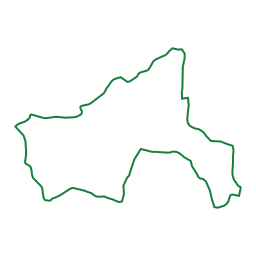 the Province of Parwan
{"feature_id": "AFG-1772", "entity_name": "Parwan", "entity_type": "Province", "adm_level": 1, "iso_a3": "AFG", "parent_name": "Afghanistan", "parent_adm1": "", "projection": "orthographic", "projection_center": [68.914, 35.004], "detail": "fine", "context": "isolated", "style": "outline", "palette": "green", "viewbox_px": 256, "rotation_deg": 0, "n_neighbors": 0, "source": "natural_earth", "source_scale": "10m", "svg_char_len": 2213}
<svg xmlns="http://www.w3.org/2000/svg" viewBox="0 0 256 256"><path d="M152.3,151.9L140.9,149.0L140.3,149.7L134.4,159.3L129.8,172.9L129.3,175.5L127.3,177.3L123.4,185.7L124.0,193.9L122.0,201.4L119.9,202.0L117.5,201.6L112.6,199.4L107.1,197.8L104.8,196.6L103.6,196.5L98.8,196.7L96.7,196.5L94.5,195.6L91.6,193.4L90.9,193.0L90.2,192.7L87.4,191.9L85.2,190.9L73.6,188.0L72.0,188.0L69.8,189.0L60.4,195.1L55.6,197.5L53.0,198.3L52.1,198.8L50.8,200.2L50.0,200.6L48.8,200.7L45.9,200.2L45.0,200.0L44.3,199.1L43.7,198.2L42.7,192.6L42.5,189.7L42.1,188.2L41.3,186.4L33.2,178.1L32.5,176.5L31.9,174.3L31.6,170.6L30.6,167.0L28.8,165.4L25.8,163.7L25.4,163.1L25.0,162.1L25.9,156.2L26.1,150.5L25.7,146.2L25.5,141.3L23.6,135.6L15.4,126.7L16.6,125.1L19.9,123.3L24.3,121.9L26.6,120.5L28.4,119.1L29.4,117.9L29.9,116.9L30.1,116.0L30.2,115.2L30.7,114.7L31.8,114.6L43.3,117.9L45.6,118.2L56.0,116.8L65.7,117.7L73.7,117.3L76.9,116.6L81.3,114.3L81.9,112.2L81.8,111.5L81.5,110.6L80.6,108.8L80.4,107.8L80.3,107.2L80.8,106.4L81.7,105.9L88.9,104.3L91.1,103.0L102.8,94.1L103.1,93.9L104.3,92.6L106.6,88.2L109.2,84.8L110.8,82.2L112.3,80.6L113.7,79.5L114.6,79.0L120.7,77.2L127.2,81.8L128.8,81.6L130.0,81.3L137.0,76.6L138.2,74.2L138.9,73.4L140.2,72.5L146.9,70.6L147.9,70.0L148.9,68.9L150.4,66.7L153.1,61.7L154.3,60.4L156.0,59.3L163.9,55.7L165.0,55.4L166.0,54.7L167.3,53.6L168.8,51.5L172.5,48.3L178.1,49.6L180.1,49.5L181.2,49.2L182.2,49.9L184.7,53.6L184.6,58.4L182.8,67.0L182.4,88.6L181.8,92.0L182.1,98.7L188.0,97.8L188.7,105.2L187.5,115.8L187.3,119.5L187.9,123.3L190.3,126.2L194.5,128.3L198.9,129.3L201.4,130.7L203.4,132.2L206.4,136.2L211.0,141.0L220.5,141.5L227.4,144.1L232.6,145.8L233.5,150.2L232.9,158.2L233.0,162.2L232.4,171.7L232.6,175.2L233.2,177.7L234.2,180.1L235.1,181.5L236.1,182.6L237.0,184.3L238.0,185.5L238.9,186.3L240.6,187.2L240.6,188.6L240.3,189.8L239.0,195.9L233.5,194.7L231.5,194.7L230.1,195.6L229.4,197.8L228.9,199.9L228.2,201.8L226.2,204.2L224.1,205.7L217.8,207.7L214.4,207.1L211.9,199.3L209.9,190.6L205.9,181.4L203.1,179.0L199.9,178.4L198.3,176.9L197.2,174.5L192.0,166.1L190.7,161.0L184.0,157.1L182.2,155.4L179.4,153.3L176.6,152.0L173.6,151.5L168.9,152.7L154.6,151.8L152.3,151.9Z" fill="none" stroke="#15803d" stroke-width="2"/></svg>